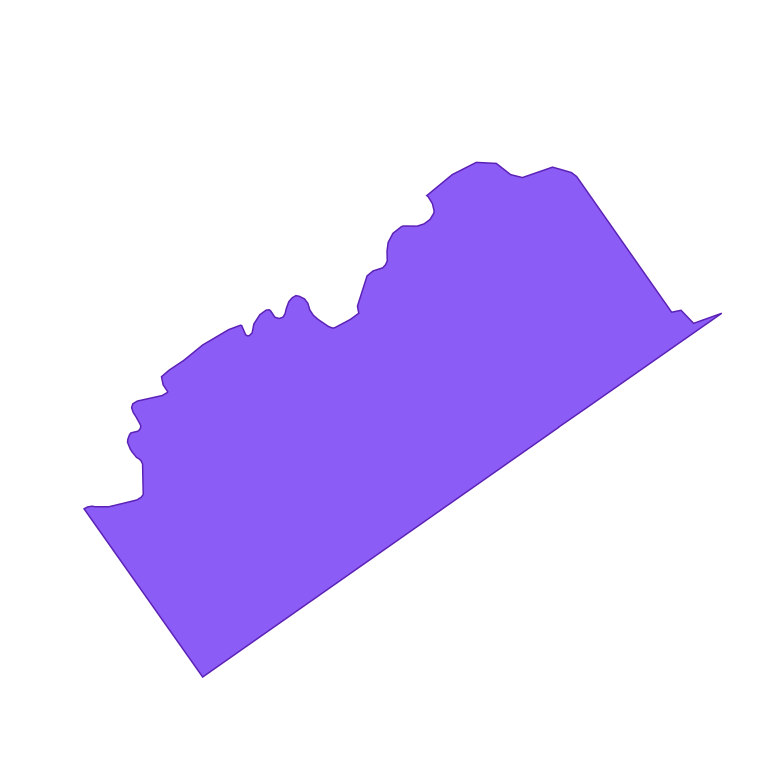 the district of Choctaw, Oklahoma, United States of America, rotated 145°
{"feature_id": "52423323B93718948099955", "entity_name": "Choctaw", "entity_type": "district", "adm_level": 2, "iso_a3": "USA", "parent_name": "United States of America", "parent_adm1": "Oklahoma", "projection": "natural_earth1", "projection_center": [-95.519, 34.012], "detail": "fine", "context": "isolated", "style": "filled", "palette": "violet", "viewbox_px": 768, "rotation_deg": 145, "n_neighbors": 0, "source": "geoboundaries", "source_scale": "gbopen_adm2", "svg_char_len": 1440}
<svg xmlns="http://www.w3.org/2000/svg" viewBox="0 0 768 768"><g transform="rotate(145 384 384)"><path d="M227.8,248.3L121.8,248.3L66.7,248.2L95.6,256.1L98.4,274.0L107.2,277.8L107.2,443.4L109.2,449.7L121.6,465.0L152.2,473.7L160.2,482.9L165.5,500.3L181.3,512.6L208.0,516.4L240.9,513.8L240.4,512.4L240.9,504.0L243.6,497.2L245.1,495.4L251.9,492.4L259.4,492.2L266.3,494.3L277.6,502.4L279.6,502.9L290.2,502.3L299.4,497.6L305.4,491.0L310.7,483.0L314.3,480.8L318.4,479.9L328.0,482.9L335.8,482.3L361.1,463.0L364.1,456.4L374.6,456.2L391.7,458.3L393.5,458.9L394.7,460.2L396.6,463.2L401.0,474.8L402.5,481.0L402.3,487.2L400.1,493.7L400.3,499.3L403.2,504.6L405.5,506.9L409.6,507.3L414.6,506.1L420.6,502.0L424.6,498.4L428.3,496.7L432.2,497.7L435.1,501.3L434.9,508.5L435.3,510.5L438.1,512.1L445.9,512.0L456.2,507.8L462.7,501.5L466.5,500.9L468.1,501.6L469.1,503.7L467.1,513.4L467.7,514.4L479.9,517.6L510.0,520.0L534.7,518.2L552.1,518.6L562.1,517.6L565.4,510.1L565.6,501.7L566.4,501.3L572.4,501.8L584.7,506.9L595.8,511.5L601.1,511.9L604.4,509.3L605.8,504.4L605.9,500.0L606.8,491.5L607.2,489.3L608.7,487.6L610.6,486.8L612.7,486.5L619.3,489.1L621.4,488.5L625.5,485.7L627.5,483.4L629.2,476.2L629.3,472.5L628.8,465.8L627.5,463.0L627.1,460.6L627.6,457.0L644.6,431.6L647.7,430.5L653.1,430.8L679.9,441.3L691.5,449.5L693.1,451.3L697.3,453.3L701.3,453.8L700.6,248.0L265.5,248.3L265.3,248.5L227.8,248.3Z" fill="#8b5cf6" stroke="#5b21b6" stroke-width="1.5"/></g></svg>